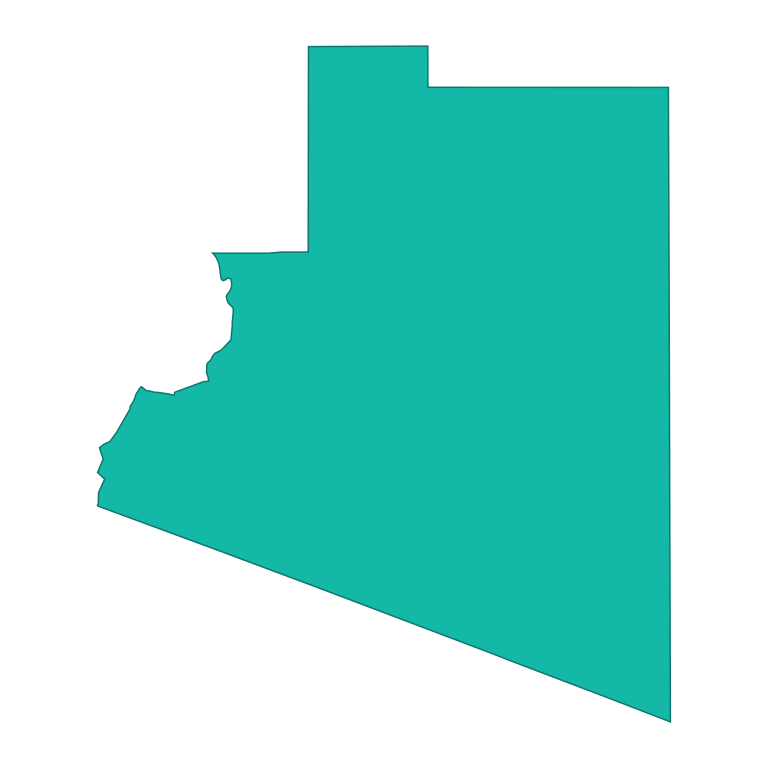 outline of Yuma, Arizona, United States of America
{"feature_id": "52423323B36944168134022", "entity_name": "Yuma", "entity_type": "district", "adm_level": 2, "iso_a3": "USA", "parent_name": "United States of America", "parent_adm1": "Arizona", "projection": "natural_earth1", "projection_center": [-114.473, 32.752], "detail": "fine", "context": "isolated", "style": "filled", "palette": "teal", "viewbox_px": 768, "rotation_deg": 0, "n_neighbors": 0, "source": "geoboundaries", "source_scale": "gbopen_adm2", "svg_char_len": 1406}
<svg xmlns="http://www.w3.org/2000/svg" viewBox="0 0 768 768"><path d="M212.6,253.2L213.2,253.7L214.6,255.2L216.6,258.2L217.9,261.0L219.1,264.4L220.0,270.3L220.6,275.7L221.2,278.5L221.7,279.6L222.8,280.5L223.4,280.5L226.2,279.5L226.5,278.7L228.2,278.0L230.2,278.6L230.9,279.4L231.5,282.0L231.6,284.9L231.4,287.0L230.9,288.7L230.2,290.3L229.0,292.3L227.3,294.4L226.4,296.1L226.4,297.0L227.1,300.3L228.0,302.5L229.1,303.9L232.7,307.4L233.0,308.1L233.3,309.9L233.2,312.8L232.2,323.4L232.2,323.5L232.3,325.6L231.0,339.7L228.3,342.7L221.3,350.0L220.4,350.5L220.2,350.6L215.0,353.3L213.0,355.6L211.4,358.4L211.1,359.4L210.5,360.3L207.8,362.8L207.1,364.1L206.8,365.2L206.7,369.4L206.5,372.0L206.7,373.3L208.0,376.6L208.6,381.4L203.9,381.5L174.7,392.3L174.3,394.5L174.3,395.0L173.3,395.1L167.7,393.8L157.9,392.4L157.6,392.4L154.3,392.2L150.6,391.3L150.0,391.1L147.8,390.7L146.1,390.6L142.2,387.2L141.5,386.8L141.0,386.9L139.5,388.7L136.1,394.1L135.6,395.3L134.9,398.2L134.1,399.6L132.9,402.3L130.1,406.4L130.1,408.6L130.0,409.0L116.6,432.4L109.9,441.5L104.0,444.2L99.4,447.7L103.2,458.9L97.6,472.5L104.7,479.1L98.6,492.4L98.3,503.2L97.6,504.6L97.7,506.0L218.7,550.6L315.4,586.7L496.9,655.4L508.9,660.2L608.7,698.1L670.4,721.9L669.7,500.9L669.4,376.3L669.0,255.1L668.4,87.4L427.9,87.3L427.8,46.1L308.5,46.6L308.2,252.1L281.1,252.1L268.7,253.2L212.6,253.2Z" fill="#14b8a6" stroke="#0f766e" stroke-width="1.5"/></svg>